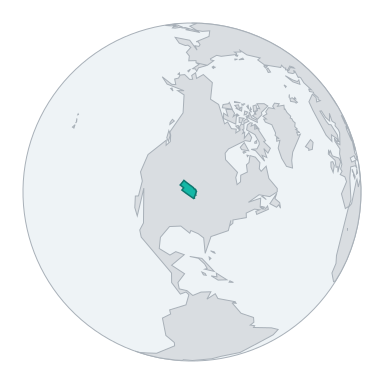 Nebraska highlighted on a globe, orthographic projection, rotated 35°
{"feature_id": "USA-3532", "entity_name": "Nebraska", "entity_type": "State", "adm_level": 1, "iso_a3": "USA", "parent_name": "United States of America", "parent_adm1": "", "projection": "orthographic", "projection_center": [-97.897, 41.5], "detail": "fine", "context": "on_globe", "style": "filled", "palette": "teal", "viewbox_px": 384, "rotation_deg": 35, "n_neighbors": 0, "source": "natural_earth", "source_scale": "10m", "svg_char_len": 11337}
<svg xmlns="http://www.w3.org/2000/svg" viewBox="0 0 384 384"><g transform="rotate(35 192 192)"><circle cx="192" cy="192" r="169" fill="#eef3f6" stroke="#a8b0b8"/><path d="M236.9,354.9L245.1,352.1L241.2,353.4L247.4,349.7L255.5,344.4L266.0,328.0L263.8,325.4L252.9,324.5L240.1,312.2L244.5,304.2L241.3,301.4L251.8,287.9L248.4,278.0L244.5,277.3L241.0,282.3L227.3,277.9L221.7,270.1L176.3,258.1L171.0,253.1L170.0,245.2L150.3,216.4L160.9,243.0L154.1,237.6L147.9,227.8L150.4,225.9L145.0,211.5L138.3,205.1L134.5,186.5L141.2,164.3L144.0,168.6L145.3,163.1L141.9,157.6L139.4,155.4L139.3,132.3L129.8,117.0L122.1,117.2L127.4,113.6L109.7,117.9L101.5,114.7L113.7,115.4L117.1,113.3L113.0,109.4L115.6,106.4L115.2,103.0L118.7,100.0L125.5,101.1L127.9,99.3L124.9,96.7L126.5,92.3L130.6,96.3L133.9,89.3L145.9,90.7L154.0,105.4L163.6,105.0L179.6,117.5L181.0,114.2L188.0,117.5L192.2,115.1L194.0,118.5L195.9,113.7L193.4,111.1L193.4,108.3L195.7,106.8L198.4,110.6L197.6,112.0L199.6,112.4L199.9,115.0L201.0,112.9L204.0,118.0L204.5,110.8L209.6,113.1L210.7,117.2L206.1,119.4L197.2,135.8L196.9,141.2L201.0,146.3L218.0,149.8L219.5,155.0L224.7,160.1L225.9,155.8L222.3,150.3L225.9,143.9L221.0,138.5L221.8,135.2L218.6,128.9L223.9,127.1L230.8,129.0L233.7,134.3L236.8,135.4L237.9,128.3L247.2,136.8L259.8,140.2L261.7,143.0L258.3,151.2L248.5,155.8L244.1,168.1L251.8,157.6L256.4,165.2L259.2,165.6L261.8,163.9L261.9,160.1L264.5,162.4L257.9,173.2L255.4,171.3L257.6,167.8L253.0,170.2L248.5,178.2L251.2,181.8L241.6,191.4L243.4,194.2L242.3,198.2L240.1,192.9L243.9,202.8L233.1,217.6L238.0,234.7L227.9,222.9L221.0,222.6L213.1,224.2L213.8,227.0L202.4,226.3L193.4,233.2L192.1,247.2L197.6,257.1L210.1,256.3L212.9,250.2L221.6,247.8L217.3,263.7L232.8,263.2L232.4,274.2L237.1,278.7L244.4,275.7L252.0,276.3L256.8,268.8L264.7,262.9L265.7,271.2L269.4,262.0L274.3,264.4L289.6,257.4L288.7,259.9L301.7,263.2L314.4,259.5L317.4,263.2L316.0,267.6L320.0,265.6L320.1,267.7L335.0,257.7L341.4,255.2L340.4,262.4L333.4,276.4L323.4,295.9L309.8,310.2L303.9,317.2L289.0,329.8L281.1,334.3L280.8,335.4L274.4,339.4L268.6,342.3L265.4,344.1L261.0,346.1L262.4,345.6L260.0,346.7L248.6,351.2L236.9,354.9ZM56.8,207.4L57.6,203.9L58.6,207.4L56.8,207.4ZM57.2,200.9L57.1,202.3L57.0,201.0L57.2,200.9ZM56.5,199.4L57.0,200.5L56.3,199.6L56.5,199.4ZM55.4,197.8L56.0,198.5L55.9,198.6L55.4,197.8ZM238.2,240.7L255.7,244.3L246.7,247.9L248.3,245.9L243.6,243.7L235.3,242.6L227.1,246.1L238.2,240.7ZM54.1,194.3L53.9,193.3L54.6,193.7L54.1,194.3ZM243.9,229.4L240.9,229.5L243.7,228.7L243.9,229.4ZM137.8,155.0L141.6,157.9L143.6,164.1L140.2,162.0L137.8,155.0ZM134.3,143.7L136.8,144.0L135.1,149.4L134.2,147.6L134.3,143.7ZM116.0,118.3L118.5,120.2L115.1,119.4L116.0,118.3ZM114.5,103.1L112.9,103.5L113.4,101.6L114.5,103.1ZM215.9,130.3L217.2,129.7L217.1,131.2L215.9,130.3ZM213.2,128.4L212.2,130.6L210.8,130.1L211.5,128.7L213.2,128.4ZM119.1,95.3L120.3,92.2L120.3,95.5L119.1,95.3ZM214.9,125.7L208.4,128.8L205.9,127.7L206.5,121.6L214.9,125.7ZM121.8,90.6L124.5,83.6L121.2,83.8L131.9,79.4L126.1,86.6L126.6,90.5L124.3,89.2L121.8,90.6ZM191.7,111.0L194.4,113.7L190.0,112.9L191.7,111.0ZM188.9,111.3L175.6,113.7L172.7,109.3L177.8,109.2L172.4,104.9L177.6,101.5L181.7,103.1L182.5,106.6L183.9,102.7L188.9,111.3ZM137.4,78.3L139.1,76.9L138.6,78.6L137.4,78.3ZM193.1,107.1L190.7,107.9L188.0,104.0L192.4,101.8L191.9,103.7L193.1,107.1ZM168.5,105.6L167.3,102.5L171.2,98.8L171.2,97.2L177.5,101.0L168.5,105.6ZM193.6,103.9L194.7,100.8L198.0,101.3L195.3,106.1L193.6,103.9ZM185.5,104.0L184.4,102.2L186.5,102.5L185.5,104.0ZM210.4,101.8L207.5,102.6L205.9,100.6L210.4,101.8ZM194.9,99.7L193.8,99.5L192.8,98.9L194.2,97.1L194.9,99.7ZM179.7,98.3L181.6,97.5L177.4,96.5L180.1,93.9L183.8,97.1L183.4,94.6L184.2,93.8L186.2,97.3L179.7,98.3ZM192.8,93.5L198.4,96.9L204.0,95.8L205.6,97.5L196.2,99.0L192.8,93.5ZM188.8,95.4L191.6,94.6L192.1,96.9L190.5,99.0L188.8,95.4ZM180.6,91.1L175.5,94.3L174.9,93.5L180.6,91.1ZM194.3,92.7L192.9,91.9L194.6,92.3L194.3,92.7ZM184.7,91.0L183.0,92.2L182.3,91.3L184.7,91.0ZM191.6,89.4L193.4,90.5L192.4,91.9L191.6,89.4ZM188.4,89.8L187.9,88.3L190.9,91.7L187.7,90.4L188.4,89.8ZM184.4,90.0L183.4,89.8L185.2,89.6L184.4,90.0ZM194.5,83.9L198.5,87.9L196.3,90.8L192.6,86.5L194.5,83.9ZM293.8,57.1L302.3,64.2L300.1,63.2L286.1,52.3L274.2,44.4L273.0,43.8L276.7,46.8L270.2,43.5L277.6,47.9L277.4,47.2L282.1,50.2L282.5,51.0L280.2,49.7L282.7,52.0L293.2,58.4L294.1,58.4L303.1,66.8L305.5,67.8L309.3,71.3L306.6,71.0L303.9,69.3L302.1,73.3L305.7,75.8L307.7,72.4L308.8,74.2L313.7,78.2L310.8,76.7L307.6,80.4L313.2,90.0L326.8,107.4L328.7,113.7L327.1,117.6L315.5,107.8L312.7,94.9L308.5,91.9L303.4,92.7L303.0,88.9L300.5,87.9L298.9,83.4L291.0,76.1L288.5,71.9L280.0,68.5L277.6,66.1L283.3,68.6L286.0,68.4L279.1,58.9L276.2,57.0L271.2,55.7L270.0,53.5L266.0,53.6L259.4,48.7L264.1,54.9L258.4,54.2L251.4,51.3L250.4,52.4L261.7,57.2L265.4,58.3L267.3,57.2L278.2,61.8L281.8,65.2L273.5,65.2L277.6,70.3L269.4,68.6L243.9,55.6L236.0,51.0L234.5,42.8L239.5,43.5L242.5,46.7L244.7,43.6L242.2,43.9L241.1,42.3L235.4,41.7L234.3,40.6L230.6,42.3L228.7,40.8L231.1,39.8L221.0,38.4L215.6,36.1L213.8,36.4L213.4,37.3L206.8,34.0L205.8,34.4L207.5,35.6L206.6,37.2L202.4,39.0L200.3,37.8L201.6,36.9L201.1,33.6L204.7,31.9L203.5,31.7L199.8,32.8L200.4,36.8L198.5,38.3L197.5,36.3L197.7,37.1L196.1,37.5L192.6,36.8L193.3,39.1L178.4,46.3L170.1,46.1L170.9,43.1L158.3,48.2L149.9,48.4L151.6,49.4L146.6,53.0L149.2,53.0L149.6,53.8L138.1,64.1L133.8,65.9L130.7,72.3L131.5,73.0L134.5,71.9L131.9,79.4L121.2,83.8L119.9,82.1L114.1,86.4L111.8,82.1L107.3,80.8L108.1,74.2L104.4,74.1L102.6,75.8L96.2,77.4L89.5,75.0L103.1,69.0L114.8,72.9L110.7,70.4L114.1,68.8L114.1,66.7L111.0,65.4L109.2,66.5L116.7,54.8L114.1,49.8L108.3,54.5L103.1,56.9L95.1,57.4L99.5,50.7L94.7,53.9L102.8,48.5L103.0,48.4L113.3,42.5L124.1,37.3L135.2,32.9L146.6,29.3L158.2,26.5L169.9,24.5L181.8,23.3L193.7,23.0L205.7,23.6L217.5,25.0L229.3,27.2L240.8,30.2L252.1,34.1L263.1,38.7L273.7,44.1L284.0,50.3L293.8,57.1ZM359.7,171.5L360.5,182.5L359.4,184.3L353.1,178.1L350.9,167.9L346.8,161.2L329.0,114.9L329.4,110.0L320.2,88.6L319.8,86.9L325.4,92.5L322.0,84.3L315.6,77.1L311.9,72.9L320.3,82.0L328.0,91.7L335.0,102.0L341.2,112.7L346.6,123.8L351.2,135.4L354.9,147.2L357.8,159.2L359.7,171.5ZM340.0,132.3L341.6,134.6L340.0,132.3ZM255.5,35.4L255.7,35.5L249.8,33.2L248.1,32.7L251.1,33.9L261.7,38.2L261.1,37.8L255.5,35.4ZM290.1,257.1L292.0,257.9L289.7,259.1L290.1,257.1ZM246.0,251.9L249.5,251.2L251.4,252.1L248.9,253.3L246.0,251.9ZM274.0,243.0L277.8,242.3L274.1,244.6L274.0,243.0ZM258.4,244.5L271.0,243.9L263.9,249.2L255.8,249.7L261.1,247.2L258.4,244.5ZM243.3,235.4L245.6,235.5L245.2,237.4L243.3,235.4ZM245.9,228.9L245.1,229.3L243.7,228.1L245.9,228.9ZM256.8,164.6L257.4,163.8L260.2,162.8L259.4,164.7L256.8,164.6ZM269.9,150.4L273.8,154.5L270.4,152.8L270.0,156.0L262.5,156.9L262.2,144.4L263.7,149.8L269.9,150.4ZM252.4,155.0L257.2,155.6L251.9,155.5L252.4,155.0ZM288.6,87.8L289.9,86.4L293.3,88.6L296.4,95.0L291.5,91.8L288.6,87.8ZM291.0,84.0L281.9,82.7L279.6,79.0L282.4,81.2L281.8,78.9L286.2,81.9L292.9,80.0L296.3,81.9L300.2,92.2L297.0,87.6L295.9,89.1L291.0,84.0ZM262.9,89.5L258.9,89.8L259.0,81.1L262.7,81.9L266.1,88.1L263.7,90.9L262.9,89.5ZM217.0,114.8L215.5,116.1L214.7,115.0L215.4,112.8L217.0,114.8ZM209.2,102.3L222.9,107.8L221.8,109.6L231.1,111.2L231.9,116.6L225.9,115.2L233.5,120.8L228.4,121.8L233.8,125.1L220.3,121.7L216.0,123.1L220.5,119.4L219.8,114.4L218.3,112.6L210.6,108.9L201.1,109.8L198.9,105.3L199.9,101.9L201.9,101.0L202.6,104.1L204.7,100.7L207.3,104.6L209.2,102.3ZM212.8,69.7L212.9,72.8L217.5,68.2L220.2,71.3L220.5,70.6L224.3,72.4L229.4,73.3L230.0,75.1L231.7,74.7L234.2,76.0L236.8,76.2L238.7,79.5L242.1,80.0L241.1,81.3L246.3,81.5L243.3,82.9L246.2,84.9L247.6,82.5L251.6,101.5L255.6,109.0L260.6,114.7L254.7,116.8L246.2,113.0L237.4,106.6L234.4,99.3L232.3,101.8L230.2,99.1L232.8,98.3L227.6,98.0L226.6,95.7L218.8,91.1L212.0,92.7L208.9,91.2L211.1,89.5L206.6,89.3L208.6,85.1L206.4,84.0L206.3,79.0L211.7,76.5L208.9,75.5L208.6,71.9L212.8,69.7ZM194.6,82.4L200.4,78.3L204.8,78.1L203.2,87.0L204.9,88.6L204.0,94.7L197.8,94.9L198.6,93.1L197.9,91.4L200.2,92.0L197.9,90.3L198.9,87.8L197.4,85.9L199.7,85.0L194.6,82.4ZM316.5,83.1L315.7,81.5L313.8,78.7L316.8,81.4L316.5,83.1ZM314.6,85.7L313.5,83.9L316.9,85.9L317.7,87.7L314.6,85.7ZM310.0,81.4L313.2,83.6L311.9,83.5L310.0,81.4ZM281.9,67.1L280.4,65.3L281.3,65.3L283.5,66.5L281.9,67.1ZM226.9,58.0L226.3,59.5L225.1,59.2L220.8,61.2L218.5,59.2L220.2,57.3L226.9,58.0ZM308.9,70.5L306.7,68.0L309.7,71.3L308.9,70.5ZM223.7,56.2L222.2,57.2L221.9,55.6L223.7,56.2ZM216.6,57.9L215.8,56.2L217.7,59.2L216.6,57.9ZM201.7,43.2L210.3,42.4L215.0,41.1L215.2,38.9L218.6,41.9L211.4,43.9L201.7,43.2ZM181.5,45.9L181.3,48.2L178.9,47.8L178.6,47.2L181.5,45.9ZM183.1,46.9L187.5,48.7L185.9,50.4L182.7,48.6L183.1,46.9ZM205.9,51.5L208.6,51.4L208.7,52.6L205.9,51.5ZM85.1,61.2L81.4,64.4L82.4,63.7L80.3,66.2L83.4,64.4L83.0,65.4L78.8,68.4L74.6,70.9L81.0,64.7L81.5,64.1L85.1,61.2ZM85.0,63.5L89.7,62.3L84.2,67.4L81.9,68.8L82.1,67.1L85.0,64.5L85.0,63.5ZM89.2,63.6L92.0,61.2L104.9,56.7L106.3,57.1L93.6,62.7L95.6,60.7L93.4,61.1L89.2,63.6ZM137.6,76.5L138.9,76.9L137.1,77.5L137.6,76.5ZM151.1,53.7L151.3,54.9L149.1,55.4L151.1,53.7ZM150.8,58.6L153.1,57.1L151.5,59.2L150.8,58.6ZM158.2,53.8L154.5,56.8L156.8,53.2L158.2,53.8Z" fill="#d9dde1" stroke="#a8b0b8" stroke-width="1"/><path d="M178.3,193.0L178.4,192.6L178.4,192.3L178.4,191.9L178.4,191.5L178.5,191.1L178.5,190.8L178.5,190.4L178.5,190.0L178.6,189.7L178.6,189.3L178.6,188.9L178.6,188.6L178.7,188.2L178.7,187.8L178.7,187.5L178.7,187.1L179.2,187.1L179.5,187.2L179.9,187.2L180.3,187.2L180.6,187.2L181.0,187.3L181.4,187.3L181.7,187.3L182.1,187.3L182.5,187.3L182.8,187.4L183.2,187.4L183.6,187.4L183.9,187.4L184.3,187.4L184.7,187.4L185.0,187.4L185.4,187.5L185.8,187.5L186.1,187.5L186.5,187.5L186.9,187.5L187.2,187.5L187.6,187.5L188.0,187.5L188.3,187.5L188.7,187.5L189.1,187.6L189.4,187.6L189.8,187.6L190.2,187.6L190.5,187.6L190.8,187.6L191.0,187.8L191.3,188.0L191.6,188.1L191.8,188.2L192.0,188.2L192.3,188.0L192.5,188.0L192.6,187.9L192.8,188.0L193.3,187.9L193.4,188.0L193.5,188.1L193.8,188.2L194.0,188.2L194.0,188.3L194.3,188.3L194.4,188.5L194.5,188.5L194.7,188.8L194.8,188.9L195.1,189.0L195.3,189.0L195.3,189.3L195.3,189.5L195.4,189.8L195.4,190.0L195.5,190.1L195.6,190.3L195.7,190.5L195.8,190.5L195.8,190.8L196.0,191.0L196.0,191.3L196.0,191.5L196.0,191.8L196.2,192.0L196.3,192.0L196.3,192.4L196.4,192.5L196.5,192.5L196.4,192.6L196.4,192.8L196.5,192.9L196.5,193.0L196.5,193.3L196.6,193.5L196.6,193.8L196.6,194.0L196.6,194.3L196.8,194.4L196.8,194.5L196.8,194.8L197.0,195.0L197.1,195.3L197.2,195.5L197.3,195.5L197.5,195.6L197.4,195.8L197.5,195.8L197.6,196.0L197.7,196.3L197.8,196.3L197.4,196.3L196.9,196.4L196.4,196.4L195.9,196.4L195.5,196.4L195.0,196.4L194.5,196.4L194.0,196.4L193.6,196.4L193.1,196.4L192.6,196.4L192.1,196.4L191.7,196.4L191.2,196.4L190.7,196.4L190.3,196.4L189.8,196.4L189.3,196.4L188.8,196.4L188.4,196.4L187.9,196.4L187.4,196.4L186.9,196.4L186.5,196.3L186.0,196.3L185.5,196.3L185.0,196.3L184.6,196.3L184.1,196.3L183.6,196.2L183.2,196.2L182.6,196.2L182.6,195.8L182.6,195.6L182.7,195.3L182.7,195.1L182.7,194.9L182.7,194.7L182.7,194.4L182.7,194.2L182.7,193.8L182.7,193.6L182.8,193.4L182.6,193.2L182.4,193.2L182.1,193.2L181.8,193.2L181.6,193.2L181.3,193.2L181.0,193.2L180.8,193.1L180.5,193.1L180.2,193.1L179.7,193.1L179.4,193.1L179.2,193.0L178.9,193.0L178.7,193.0L178.3,193.0Z" fill="#14b8a6" stroke="#0f766e" stroke-width="1.5"/></g></svg>